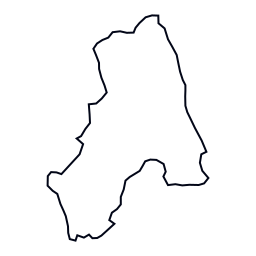 Holambra, São Paulo, Brazil (Robinson projection)
{"feature_id": "56859067B86866322913045", "entity_name": "Holambra", "entity_type": "district", "adm_level": 2, "iso_a3": "BRA", "parent_name": "Brazil", "parent_adm1": "São Paulo", "projection": "robinson", "projection_center": [-47.067, -22.63], "detail": "fine", "context": "isolated", "style": "outline", "palette": "ink", "viewbox_px": 256, "rotation_deg": 0, "n_neighbors": 0, "source": "geoboundaries", "source_scale": "gbopen_adm2", "svg_char_len": 1190}
<svg xmlns="http://www.w3.org/2000/svg" viewBox="0 0 256 256"><path d="M76.7,138.5L83.1,144.1L79.6,154.3L61.4,174.1L56.5,172.4L51.1,172.1L47.8,176.1L47.6,185.7L52.7,190.8L57.3,193.9L60.4,203.9L63.5,210.7L65.8,216.2L68.0,226.3L68.2,232.9L69.8,239.1L75.5,240.6L77.3,235.3L83.9,237.6L89.0,234.6L92.4,238.2L97.2,238.0L101.4,235.6L114.4,223.8L109.3,220.1L111.9,212.7L117.0,209.1L120.8,204.4L120.8,196.9L123.7,189.5L125.5,180.6L129.7,177.0L139.7,170.9L142.6,166.0L145.2,161.3L150.3,159.6L156.4,159.9L163.6,164.0L165.7,171.7L163.4,176.5L168.0,185.1L175.4,184.2L182.3,185.4L189.3,184.8L198.7,185.0L204.1,183.4L208.4,178.0L202.3,170.8L199.9,162.8L201.3,154.3L206.4,151.8L201.7,140.6L194.9,127.9L190.1,117.9L187.3,112.2L185.4,105.8L185.2,96.4L185.4,90.6L185.4,85.1L182.8,80.0L180.1,71.7L178.3,63.1L176.7,55.0L172.1,46.5L168.0,39.3L164.6,28.4L158.5,23.3L158.3,15.6L152.0,15.4L145.6,17.3L139.5,23.0L135.6,27.7L133.6,32.6L126.8,32.8L120.1,31.3L112.6,32.2L108.3,37.6L102.4,40.0L97.0,43.5L93.4,48.8L96.0,55.0L99.0,62.8L99.1,69.0L101.4,77.7L104.5,85.4L106.7,92.5L101.8,98.5L96.2,103.5L88.8,104.3L89.6,114.5L90.0,123.0L85.4,128.9L81.1,136.1L76.7,138.5Z" fill="none" stroke="#020617" stroke-width="2"/></svg>